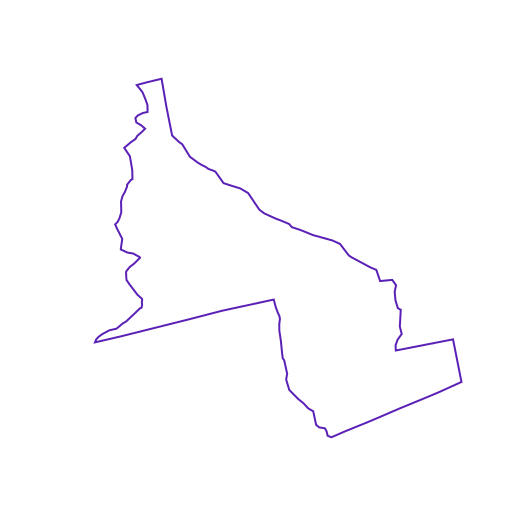 Ingall, Agadez, Niger, rotated 168°
{"feature_id": "23599985B91742674817727", "entity_name": "Ingall", "entity_type": "district", "adm_level": 2, "iso_a3": "NER", "parent_name": "Niger", "parent_adm1": "Agadez", "projection": "albers", "projection_center": [6.528, 17.43], "detail": "fine", "context": "isolated", "style": "outline", "palette": "violet", "viewbox_px": 512, "rotation_deg": 168, "n_neighbors": 0, "source": "geoboundaries", "source_scale": "gbopen_adm2", "svg_char_len": 1948}
<svg xmlns="http://www.w3.org/2000/svg" viewBox="0 0 512 512"><g transform="rotate(168 256 256)"><path d="M264.1,329.1L272.6,334.0L278.2,347.0L280.7,348.8L284.5,351.1L286.6,353.5L290.2,356.3L293.8,359.7L300.0,366.8L304.9,380.6L307.4,383.3L313.0,391.3L312.6,421.3L311.5,449.0L326.2,448.6L336.0,448.1L337.1,448.0L333.0,439.9L331.7,433.1L330.8,426.4L331.6,421.9L332.2,419.4L337.0,419.4L342.5,418.0L345.3,416.0L345.3,411.5L341.3,407.9L338.0,403.6L341.7,401.2L343.4,400.2L347.1,398.2L349.7,395.4L354.6,393.4L362.4,389.2L358.6,379.8L359.2,365.6L360.9,356.8L362.5,356.5L367.3,352.5L367.7,350.7L371.0,345.8L374.2,342.2L376.7,337.3L377.9,330.9L378.7,326.7L381.9,321.0L384.4,318.0L387.2,316.2L386.2,311.5L383.3,300.7L383.9,298.8L386.3,292.3L386.9,290.5L380.9,286.0L375.7,284.0L370.1,279.2L369.8,278.4L373.8,275.8L377.0,273.8L381.8,271.5L385.4,268.6L386.4,267.5L387.4,261.7L387.4,261.9L387.6,259.4L385.6,254.5L380.0,242.7L376.4,237.8L376.5,236.5L377.2,234.8L377.7,231.3L378.9,229.1L380.3,229.0L386.7,225.0L392.5,221.5L396.5,219.0L400.4,217.7L407.6,213.9L414.8,213.8L422.2,211.7L425.4,210.3L427.2,209.4L429.7,207.6L431.4,205.0L404.5,205.5L382.2,206.3L334.6,208.0L300.5,209.5L247.7,209.7L247.3,201.8L246.5,196.3L245.6,192.3L245.7,189.4L247.4,184.6L248.7,178.1L249.3,168.1L250.8,154.4L251.1,150.4L250.1,148.1L250.0,134.3L252.2,128.9L251.3,118.1L244.5,107.4L240.2,102.1L236.6,96.1L232.3,92.2L232.3,78.4L229.8,75.2L224.4,73.1L223.4,69.7L223.3,65.3L220.0,63.0L205.7,65.9L177.9,70.9L146.2,77.2L123.2,81.4L105.7,84.7L82.6,89.8L81.2,90.0L80.6,133.5L138.9,134.5L138.0,139.7L135.0,144.6L129.7,149.4L130.0,157.0L125.6,173.3L128.1,175.5L128.8,183.6L127.8,192.1L125.1,198.3L127.7,204.3L139.8,205.7L141.2,217.4L146.5,221.1L162.5,234.6L165.1,237.2L171.3,250.3L178.0,255.3L195.9,264.6L207.6,272.5L215.0,276.8L216.9,280.4L224.3,285.5L229.7,289.0L239.0,295.9L243.1,300.6L246.1,308.0L250.6,319.2L257.4,325.4L264.1,329.1Z" fill="none" stroke="#5b21b6" stroke-width="2"/></g></svg>